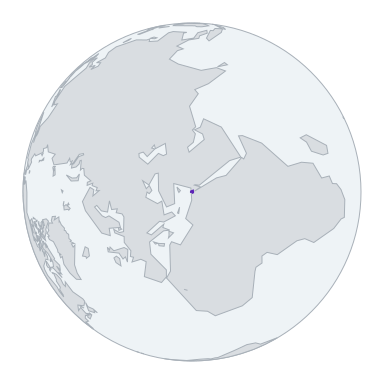 globe centered on Al Isma`iliyah, rotated 267°
{"feature_id": "EGY-1531", "entity_name": "Al Isma`iliyah", "entity_type": "Governorate", "adm_level": 1, "iso_a3": "EGY", "parent_name": "Egypt", "parent_adm1": "", "projection": "orthographic", "projection_center": [32.173, 30.661], "detail": "fine", "context": "on_globe", "style": "filled", "palette": "violet", "viewbox_px": 384, "rotation_deg": 267, "n_neighbors": 0, "source": "natural_earth", "source_scale": "10m", "svg_char_len": 10427}
<svg xmlns="http://www.w3.org/2000/svg" viewBox="0 0 384 384"><g transform="rotate(267 192 192)"><circle cx="192" cy="192" r="169" fill="#eef3f6" stroke="#a8b0b8"/><path d="M175.5,23.9L191.0,23.1L197.4,23.1L197.8,23.1L196.0,23.2L201.4,23.3L209.4,23.9L213.5,24.4L213.4,24.5L217.0,25.0L216.3,25.2L208.7,24.5L208.1,24.7L213.5,25.4L216.1,26.3L208.4,25.2L212.2,26.8L200.2,27.1L180.1,26.0L173.0,27.9L151.2,32.1L152.7,32.5L145.5,35.0L144.6,36.5L140.8,37.3L143.4,38.0L147.1,37.0L149.4,37.1L149.3,38.1L144.4,39.1L143.7,38.7L142.2,39.6L139.8,39.7L140.9,40.2L135.0,41.6L140.5,41.8L135.6,44.2L131.8,44.7L132.6,42.6L125.9,40.1L122.3,40.8L116.3,43.5L104.1,52.4L99.9,54.3L93.9,58.4L96.0,58.0L101.4,54.8L103.8,55.5L110.1,51.9L112.0,51.9L118.4,49.4L116.9,52.2L112.0,56.3L106.6,58.6L104.3,60.7L109.0,60.7L98.6,67.7L91.0,77.4L88.4,79.2L84.0,78.1L85.1,72.1L79.5,72.5L82.5,74.8L75.9,80.1L74.6,82.3L74.6,83.8L76.9,82.9L74.5,85.5L70.6,83.7L72.7,81.3L73.9,81.7L74.4,79.1L71.7,78.8L68.5,81.9L67.8,79.3L65.5,81.7L64.1,82.8L67.8,79.0L61.2,85.9L60.0,86.5L68.0,77.2L76.7,68.5L85.9,60.5L95.7,53.1L106.1,46.5L116.8,40.7L128.0,35.6L139.5,31.4L151.3,28.0L163.3,25.5L175.5,23.9ZM27.0,155.6L26.4,159.0L26.1,160.1L24.0,177.9L24.6,191.1L24.7,199.4L24.3,202.1L25.2,206.4L25.3,209.0L31.4,225.7L36.7,238.8L38.0,247.6L36.5,252.4L42.0,269.5L41.5,268.7L36.1,257.0L31.5,244.9L28.0,232.5L25.3,219.8L23.7,207.0L23.1,194.1L23.4,181.2L24.7,168.3L27.0,155.6ZM217.7,25.1L218.8,25.3L220.2,25.5L217.7,25.1ZM118.8,48.2L118.6,48.8L117.5,48.9L118.8,48.2ZM121.7,46.6L120.6,46.3L121.9,45.6L122.5,45.8L121.7,46.6ZM220.4,26.2L222.2,26.8L219.0,26.0L220.4,26.2ZM122.8,47.2L124.2,44.3L126.4,43.0L130.7,42.8L122.8,47.2ZM222.5,27.1L227.1,29.2L230.1,29.5L224.3,30.2L222.3,27.9L217.8,26.7L221.4,27.3L222.5,27.1ZM148.3,36.3L144.4,37.4L147.8,35.7L148.3,36.3ZM149.9,35.3L157.0,30.8L162.6,30.0L159.1,31.5L166.6,30.2L165.8,31.9L161.6,33.1L158.1,33.2L160.5,33.9L149.9,35.3ZM220.4,30.5L220.4,31.0L218.9,30.3L220.4,30.5ZM150.6,37.0L151.5,36.0L156.5,35.3L155.6,37.1L154.3,36.7L150.6,37.0ZM168.9,29.1L172.4,29.0L172.8,30.4L174.2,30.6L166.3,32.0L168.9,29.1ZM153.1,37.4L155.0,38.1L152.5,39.5L150.1,38.0L153.1,37.4ZM158.2,34.3L160.5,34.1L158.9,34.8L158.2,34.3ZM144.7,45.1L145.7,43.6L148.3,43.1L144.7,45.1ZM155.8,38.3L156.7,37.9L157.9,37.6L158.6,38.3L155.8,38.3ZM167.1,33.0L166.5,33.7L170.4,32.5L170.8,33.7L165.5,34.5L168.0,34.6L168.1,35.0L163.6,35.3L167.1,33.0ZM162.8,38.3L156.1,40.1L153.7,42.7L151.3,43.3L155.6,38.9L162.8,38.3ZM163.7,36.4L162.6,37.6L160.1,37.5L159.3,36.7L163.7,36.4ZM173.0,34.3L173.7,32.2L174.9,32.2L173.0,34.3ZM162.6,39.0L164.2,38.6L162.7,39.2L162.6,39.0ZM170.4,35.7L170.5,34.9L171.8,34.9L170.4,35.7ZM167.3,38.5L165.2,39.0L164.6,38.4L167.3,38.5ZM169.1,37.2L170.9,37.4L165.6,37.8L168.9,36.9L169.1,37.2ZM171.6,35.8L172.4,35.5L171.4,36.1L171.6,35.8ZM170.9,40.9L164.4,41.7L163.1,40.1L169.5,39.6L170.9,40.9ZM75.7,236.3L67.2,208.8L72.1,201.3L73.4,190.1L107.4,162.1L114.1,166.4L140.2,167.0L143.4,169.0L139.8,177.7L159.0,191.2L165.8,184.3L183.8,191.3L196.0,191.1L201.4,174.2L181.3,174.1L178.4,165.8L194.9,158.7L212.6,159.3L212.0,156.1L201.3,149.3L205.9,143.3L197.7,146.5L200.7,149.7L195.6,152.0L192.6,149.2L194.3,147.1L189.1,145.6L182.2,156.9L184.5,161.4L170.6,162.9L173.1,170.7L169.1,174.1L163.5,162.2L164.4,158.0L153.5,144.8L151.3,149.2L161.4,162.2L158.1,161.0L155.1,167.8L154.7,161.6L144.3,147.0L132.0,147.7L115.6,162.3L108.6,162.0L103.2,156.8L110.0,140.0L124.8,142.6L127.5,137.4L125.2,128.4L129.9,130.2L130.8,127.1L136.5,127.9L145.2,121.7L151.1,121.9L155.2,112.8L158.8,111.9L155.3,117.4L156.0,121.6L170.7,122.7L173.8,121.0L175.3,115.2L179.1,116.5L178.7,110.8L187.5,109.1L176.4,106.6L177.9,100.5L183.6,96.2L182.1,93.9L172.9,101.0L171.0,104.4L172.5,107.8L165.6,117.5L160.4,118.7L160.1,107.4L152.7,108.1L155.7,99.7L178.9,84.6L188.2,82.1L202.0,90.4L199.4,94.1L193.2,92.8L198.3,99.4L198.2,96.2L201.4,97.6L203.6,92.6L206.0,93.4L204.1,87.6L207.2,88.0L208.4,91.6L214.4,85.4L221.1,85.2L221.3,83.5L219.7,81.7L229.4,83.1L229.1,81.8L225.8,80.7L223.1,77.6L222.2,72.9L225.6,73.6L226.4,75.4L233.2,80.6L234.8,85.8L236.1,85.6L235.5,81.4L227.2,74.9L225.7,71.9L230.0,74.4L228.3,73.2L228.6,72.0L232.1,71.6L227.5,68.7L226.3,55.6L232.9,54.0L236.9,57.4L239.6,50.6L246.9,50.3L243.9,49.2L243.1,45.9L240.8,45.9L239.3,45.1L236.3,37.8L238.3,37.0L233.6,33.5L232.0,33.1L230.3,33.4L224.3,30.2L230.1,29.5L233.3,30.3L234.7,29.7L241.9,32.1L248.6,34.1L255.7,37.7L260.3,39.4L260.3,39.0L266.6,41.3L279.5,48.2L269.0,44.2L249.6,36.3L257.5,39.4L255.7,39.3L258.5,41.0L264.1,43.4L264.8,43.2L273.7,52.2L287.1,62.2L286.2,58.8L289.7,59.7L304.2,70.5L321.3,92.9L326.2,96.2L329.3,100.0L331.0,104.6L326.7,99.1L324.8,99.3L322.1,95.8L323.5,102.0L319.6,97.4L322.6,104.9L325.9,107.5L326.1,103.4L330.4,112.5L335.8,116.0L340.9,123.9L346.8,144.4L346.2,154.8L347.1,157.9L344.5,157.1L344.6,165.6L352.2,176.9L353.2,181.6L351.7,195.2L351.1,191.9L344.3,189.8L345.6,201.8L350.8,206.2L352.7,215.3L349.8,215.5L347.6,207.8L345.1,206.8L344.0,196.7L338.5,184.5L335.4,190.7L333.9,184.8L325.9,176.4L320.5,185.0L313.0,207.5L314.9,222.9L311.1,231.8L299.3,214.1L294.1,200.1L289.8,203.4L277.8,194.0L256.9,199.1L253.9,195.6L250.0,198.4L241.5,195.9L237.0,189.9L231.9,191.2L243.8,207.0L249.4,205.6L254.0,197.8L256.3,203.7L264.5,207.4L255.3,224.7L224.3,242.6L221.4,231.2L198.4,199.6L199.1,195.8L199.1,195.3L198.8,194.6L196.6,200.8L192.6,194.4L204.8,217.2L206.8,226.9L223.9,243.4L222.3,245.4L227.8,248.4L245.6,241.4L245.7,245.3L237.2,264.1L212.6,289.1L216.0,302.9L214.4,314.3L199.2,322.2L200.8,329.9L193.1,332.7L192.7,336.8L186.7,340.9L176.4,344.2L158.7,342.8L157.3,339.5L148.1,331.6L135.2,311.0L139.5,302.2L137.8,294.2L125.0,273.9L127.8,263.8L124.4,258.5L117.4,258.2L113.5,251.9L109.3,250.7L83.4,246.6L75.7,236.3ZM95.2,179.0L94.1,182.2L94.1,182.3L95.2,179.0ZM231.2,168.6L241.9,167.9L237.2,157.8L241.0,156.8L238.0,154.0L236.9,157.1L229.7,149.1L234.4,145.4L233.2,141.0L229.5,141.1L222.1,149.3L232.3,160.5L229.8,165.2L231.2,168.6ZM26.4,159.2L25.9,161.9L26.1,160.4L26.4,159.2ZM33.9,132.7L33.0,135.5L33.4,133.9L33.9,132.7ZM35.6,128.2L34.6,130.7L34.8,130.2L35.6,128.2ZM76.2,80.2L76.4,80.5L75.9,82.3L75.0,82.2L76.2,80.2ZM80.4,87.1L76.4,91.2L78.6,88.0L76.6,88.4L78.8,82.6L87.2,79.9L83.0,82.0L80.4,87.1ZM84.0,74.6L81.7,78.2L83.9,74.4L84.0,74.6ZM130.2,110.6L131.9,113.1L129.3,116.3L121.9,117.2L125.5,112.4L130.2,110.6ZM134.8,115.9L136.6,105.2L141.3,104.6L138.4,106.6L141.3,107.3L137.4,110.9L140.1,121.3L138.0,124.9L125.4,123.9L130.7,122.1L128.7,119.6L134.8,115.9ZM133.0,82.8L133.8,79.3L142.9,82.4L141.1,85.4L133.5,86.2L131.3,83.1L133.0,82.8ZM130.2,47.9L129.9,47.1L131.2,46.7L132.6,47.1L130.2,47.9ZM144.9,44.5L132.7,51.3L131.8,50.6L125.8,56.0L121.0,56.4L125.1,52.8L116.9,57.5L118.6,54.4L113.3,57.9L122.9,49.8L124.2,47.6L124.6,49.8L128.9,49.4L131.2,48.6L138.5,44.7L143.4,40.3L148.5,39.5L150.8,40.2L150.4,41.1L147.2,41.2L149.0,42.5L144.1,43.4L144.9,44.5ZM174.9,54.4L171.4,53.1L174.1,57.7L169.2,57.8L169.8,58.3L166.1,59.8L162.6,62.7L160.4,62.4L160.0,63.7L157.5,64.8L156.2,66.6L151.9,66.7L149.9,68.9L149.0,67.8L146.8,71.7L146.5,68.9L143.2,70.4L145.2,72.3L125.3,70.9L117.1,73.1L110.4,76.7L110.9,72.0L117.4,65.9L126.6,60.3L134.4,59.1L133.2,57.4L136.6,56.4L136.1,58.2L138.9,55.0L141.5,54.7L149.7,51.0L152.0,47.1L155.1,45.8L155.5,47.2L158.3,45.1L161.2,47.0L163.5,46.2L168.6,47.6L168.2,51.1L170.7,50.0L174.8,51.2L174.9,54.4ZM172.2,41.4L172.8,45.0L170.4,47.1L162.4,44.0L160.0,44.4L154.8,42.9L158.4,40.1L159.5,40.7L161.5,40.7L159.6,41.6L162.5,40.9L164.2,41.9L167.0,41.7L166.4,42.9L172.2,41.4ZM147.4,166.1L149.9,166.8L154.0,166.9L152.2,171.4L147.4,166.1ZM140.1,156.2L142.4,155.9L141.9,161.9L139.3,161.3L140.1,156.2ZM144.2,151.0L142.6,155.5L141.9,152.7L144.2,151.0ZM157.5,117.0L160.1,116.6L160.2,117.9L158.6,119.9L157.5,117.0ZM182.0,69.5L180.3,68.0L181.2,67.4L180.8,63.4L184.4,63.2L186.0,65.6L182.0,69.5ZM197.8,177.2L194.0,180.5L192.2,178.9L193.9,178.1L197.8,177.2ZM171.8,176.4L177.5,178.8L171.2,177.6L171.8,176.4ZM185.8,68.6L185.2,66.9L187.4,67.9L185.8,68.6ZM187.0,62.9L189.6,63.7L184.7,62.7L187.0,62.9ZM258.8,346.7L259.4,346.7L257.0,347.7L258.8,346.7ZM243.2,309.1L231.5,328.8L223.5,329.8L222.1,324.9L226.5,313.4L235.8,309.0L240.4,302.9L243.2,309.1ZM358.1,222.8L358.5,220.9L358.1,222.8ZM358.1,222.8L354.5,232.1L352.6,234.1L353.5,230.7L356.6,225.3L358.1,222.8ZM353.3,231.0L349.8,229.6L342.0,216.9L344.9,214.5L352.4,218.8L352.0,221.5L354.1,223.6L353.3,231.0ZM360.1,204.2L359.6,211.2L358.0,215.9L357.1,217.3L356.5,210.7L356.8,205.6L357.8,203.7L359.1,182.0L360.0,182.8L360.1,191.1L360.7,194.5L360.1,204.2ZM315.7,224.0L319.6,231.2L317.2,234.0L315.7,224.0ZM357.9,169.0L358.5,178.3L357.5,167.3L357.9,169.0ZM356.3,159.7L357.1,162.6L356.2,160.9L356.3,159.7ZM348.7,162.2L347.8,165.0L347.0,162.8L347.6,158.1L348.7,162.2ZM344.7,130.8L347.7,137.1L348.6,139.6L346.8,136.8L344.7,130.8ZM215.6,67.4L212.2,73.0L212.2,77.5L215.9,80.5L209.2,78.9L209.3,71.9L215.6,67.4ZM224.6,56.8L221.3,54.6L223.7,54.3L224.7,54.8L224.6,56.8ZM222.0,56.4L216.3,56.2L215.1,54.1L219.8,54.7L222.0,56.4ZM201.0,61.7L199.8,63.3L198.1,62.4L201.0,61.7ZM360.1,208.8L360.5,204.2L360.8,195.1L360.9,190.6L360.9,187.3L360.9,189.2L360.9,194.4L360.9,197.4L360.9,196.3L360.1,208.8ZM359.5,169.8L359.9,173.0L359.3,170.1L359.6,174.2L358.2,162.6L359.1,167.2L359.5,169.8ZM358.2,163.4L358.5,167.2L357.6,160.9L358.2,163.4ZM358.2,165.9L357.3,162.5L357.5,161.4L358.2,165.9ZM358.1,162.5L356.7,156.0L357.5,158.8L358.1,162.5ZM355.1,155.0L356.8,157.7L356.0,159.4L352.2,147.9L352.2,145.8L355.1,155.0ZM331.6,99.8L329.5,97.3L328.5,95.0L330.3,97.4L331.6,99.8ZM323.3,86.5L327.6,93.6L330.6,100.0L331.4,100.2L335.2,106.2L332.1,103.1L327.4,95.0L325.7,91.2L322.1,86.7L318.8,82.0L314.3,77.6L311.7,74.7L315.3,77.7L323.3,86.5ZM312.4,75.9L303.3,67.8L303.0,66.1L304.9,67.5L309.2,71.8L309.1,72.4L312.4,75.9ZM301.1,65.5L300.9,66.1L287.2,58.3L284.2,56.3L294.5,60.7L294.8,61.7L298.3,64.1L301.1,65.5ZM222.2,31.2L220.5,31.0L221.5,30.8L222.2,31.2ZM238.1,45.2L236.2,44.2L237.4,43.8L238.1,45.2ZM231.6,41.3L231.5,42.6L230.2,41.0L231.6,41.3ZM231.6,45.5L230.8,42.9L233.6,45.8L231.6,45.5Z" fill="#d9dde1" stroke="#a8b0b8" stroke-width="1"/><path d="M191.9,190.8L191.9,190.7L192.1,190.7L192.3,190.7L193.1,191.1L193.2,192.1L193.2,192.4L193.2,192.5L193.5,192.8L193.6,193.2L193.1,193.2L192.9,193.2L192.8,193.3L192.7,193.3L192.4,193.3L192.2,193.2L191.3,193.3L191.2,192.9L191.1,192.6L191.0,192.4L191.3,192.3L191.5,192.3L191.6,192.2L191.8,192.0L191.9,191.8L191.9,191.6L191.9,191.4L192.0,191.2L192.0,190.9L191.9,190.8L191.9,190.8Z" fill="#8b5cf6" stroke="#5b21b6" stroke-width="1.5"/></g></svg>